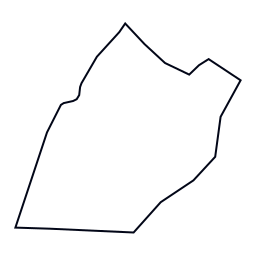 an SVG outline of Maracha
{"feature_id": "UGA-3087", "entity_name": "Maracha", "entity_type": "District", "adm_level": 1, "iso_a3": "UGA", "parent_name": "Uganda", "parent_adm1": "", "projection": "mercator", "projection_center": [30.901, 3.252], "detail": "fine", "context": "isolated", "style": "outline", "palette": "ink", "viewbox_px": 256, "rotation_deg": 0, "n_neighbors": 0, "source": "natural_earth", "source_scale": "10m", "svg_char_len": 402}
<svg xmlns="http://www.w3.org/2000/svg" viewBox="0 0 256 256"><path d="M15.4,227.6L47.0,132.4L60.9,104.9L63.7,103.1L73.1,101.0L76.7,99.2L79.2,95.1L80.1,87.0L81.5,83.2L96.9,56.7L119.3,32.1L125.2,23.5L144.6,44.2L165.0,63.0L189.2,74.6L199.0,65.2L208.6,59.1L240.6,80.3L220.6,116.8L215.2,156.8L193.4,180.4L160.7,202.2L133.6,232.5L49.7,228.7L15.4,227.6Z" fill="none" stroke="#020617" stroke-width="2"/></svg>